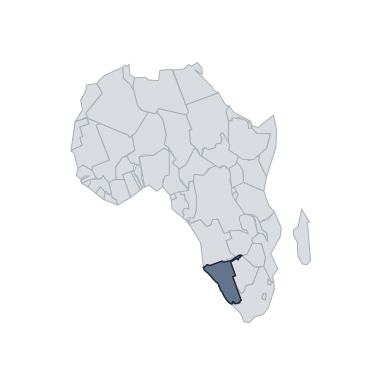 Namibia highlighted on a map of Africa, rotated 340°
{"feature_id": "NAM", "entity_name": "Namibia", "entity_type": "country or territory", "adm_level": 0, "iso_a3": "NAM", "parent_name": "Africa", "parent_adm1": "", "projection": "equal_earth", "projection_center": [18.141, -22.953], "detail": "fine", "context": "in_parent", "style": "filled", "palette": "slate", "viewbox_px": 384, "rotation_deg": 340, "n_neighbors": 49, "source": "natural_earth", "source_scale": "50m", "svg_char_len": 12765}
<svg xmlns="http://www.w3.org/2000/svg" viewBox="0 0 384 384"><g transform="rotate(340 192 192)"><path d="M243.8,200.5L259.8,215.8L259.5,231.3L262.7,238.7L260.3,241.1L245.3,243.6L243.0,235.1L234.0,230.7L230.7,223.3L229.9,215.1L234.2,210.4L233.2,201.3L243.8,200.5Z" fill="#d9dde1" stroke="#a8b0b8" stroke-width="1"/><path d="M118.9,86.8L118.4,92.7L108.9,92.5L108.2,102.4L105.4,102.8L104.7,110.5L92.4,111.8L106.3,85.8L118.9,86.8Z" fill="#d9dde1" stroke="#a8b0b8" stroke-width="1"/><path d="M229.9,215.1L234.0,230.7L227.9,231.5L226.7,244.7L230.4,246.3L230.6,250.6L223.1,244.0L208.0,241.9L206.8,226.4L201.8,225.0L198.6,229.3L193.9,229.6L190.4,220.7L177.9,220.3L182.1,215.1L185.1,217.0L189.4,211.1L194.4,198.4L197.1,179.5L199.9,176.1L208.9,180.2L218.7,175.2L223.9,175.3L227.1,179.1L231.0,177.8L235.5,187.6L231.6,194.2L229.9,215.1Z" fill="#d9dde1" stroke="#a8b0b8" stroke-width="1"/><path d="M267.1,203.5L265.2,185.3L268.7,179.3L277.2,176.2L285.5,164.0L273.0,159.2L269.5,153.5L271.1,149.9L275.7,154.1L295.0,147.6L292.4,163.6L285.7,179.4L267.1,203.5Z" fill="#d9dde1" stroke="#a8b0b8" stroke-width="1"/><path d="M259.8,215.8L243.8,200.5L247.2,188.9L244.0,179.3L247.9,174.1L256.5,181.9L267.9,180.6L265.2,185.3L267.1,203.5L259.8,215.8Z" fill="#d9dde1" stroke="#a8b0b8" stroke-width="1"/><path d="M215.3,163.0L213.0,161.3L212.0,160.1L212.2,155.5L207.3,145.4L210.5,132.9L213.1,133.2L212.8,115.7L216.1,115.7L216.0,107.8L250.8,107.8L253.2,121.2L256.0,123.7L251.6,127.8L250.2,141.4L244.5,153.3L243.7,161.2L239.8,146.7L235.8,156.6L231.6,154.7L228.6,158.3L221.9,158.0L216.8,154.7L213.3,161.5L215.3,163.0Z" fill="#d9dde1" stroke="#a8b0b8" stroke-width="1"/><path d="M212.7,117.4L213.1,133.2L210.5,132.9L207.3,145.4L210.1,151.2L195.4,164.4L187.3,166.3L183.3,157.7L187.9,155.9L185.3,142.4L182.2,138.2L187.3,129.1L189.3,114.2L186.3,104.4L189.3,102.3L212.7,117.4Z" fill="#d9dde1" stroke="#a8b0b8" stroke-width="1"/><path d="M190.8,311.0L192.1,309.1L196.8,312.8L200.9,310.6L201.0,296.3L203.8,304.3L205.9,303.9L210.9,298.3L217.7,299.1L229.0,285.9L234.1,286.5L236.0,294.8L235.5,300.5L233.2,300.1L232.1,304.0L233.7,306.1L238.2,304.0L236.1,311.7L224.2,326.8L217.2,331.2L208.3,330.9L201.3,334.3L196.6,331.9L196.1,322.7L190.8,311.0ZM226.8,312.4L224.3,312.0L221.1,315.9L224.2,318.5L226.8,312.4Z" fill="#d9dde1" stroke="#a8b0b8" stroke-width="1"/><path d="M226.8,312.4L224.2,318.5L221.1,315.9L224.3,312.0L226.8,312.4Z" fill="#d9dde1" stroke="#a8b0b8" stroke-width="1"/><path d="M234.1,286.5L224.9,283.5L217.1,268.6L222.3,269.4L232.1,259.7L239.7,264.5L238.7,278.8L234.1,286.5Z" fill="#d9dde1" stroke="#a8b0b8" stroke-width="1"/><path d="M229.0,285.9L217.7,299.1L210.9,298.3L205.9,303.9L203.8,304.3L201.0,296.3L201.1,284.9L204.0,284.8L204.1,270.7L217.1,268.6L224.9,283.5L229.0,285.9Z" fill="#d9dde1" stroke="#a8b0b8" stroke-width="1"/><path d="M91.5,141.3L89.0,136.7L93.9,129.8L98.5,129.2L105.3,137.2L106.9,146.0L91.4,146.2L91.0,143.1L100.1,141.7L91.5,141.3Z" fill="#d9dde1" stroke="#a8b0b8" stroke-width="1"/><path d="M106.9,146.0L105.3,137.2L106.9,134.1L125.3,133.6L124.6,96.3L129.0,96.2L151.7,116.9L151.6,119.4L154.9,119.1L152.6,133.4L138.5,135.8L129.5,141.8L125.0,154.3L117.0,155.0L114.0,146.5L110.8,148.4L106.9,146.0Z" fill="#d9dde1" stroke="#a8b0b8" stroke-width="1"/><path d="M92.4,111.8L104.7,110.5L105.4,102.8L108.2,102.4L108.9,92.5L118.4,92.7L118.9,86.8L129.0,96.2L124.6,96.3L125.3,133.6L106.9,134.1L105.3,137.2L98.5,129.2L92.8,131.1L94.4,115.3L92.4,111.8Z" fill="#d9dde1" stroke="#a8b0b8" stroke-width="1"/><path d="M149.1,171.1L146.6,171.6L146.2,159.4L143.6,153.9L150.0,146.8L152.7,152.9L149.3,161.9L149.1,171.1Z" fill="#d9dde1" stroke="#a8b0b8" stroke-width="1"/><path d="M186.3,104.4L189.3,114.2L187.3,129.1L182.2,138.2L185.3,142.4L184.0,145.8L180.8,141.3L168.5,144.4L157.9,140.2L153.9,141.6L152.2,149.1L144.6,144.3L142.8,135.9L152.6,133.4L154.9,119.1L178.0,102.0L184.2,105.9L186.3,104.4Z" fill="#d9dde1" stroke="#a8b0b8" stroke-width="1"/><path d="M149.1,171.1L154.7,140.7L168.5,144.4L180.8,141.3L185.2,147.4L176.6,168.1L168.9,170.3L166.7,177.1L158.8,179.2L154.1,171.0L149.1,171.1Z" fill="#d9dde1" stroke="#a8b0b8" stroke-width="1"/><path d="M185.0,144.3L187.9,155.9L183.3,157.7L187.7,165.2L184.8,177.3L189.2,189.6L170.1,187.3L166.6,178.3L167.5,174.3L171.6,167.9L176.6,168.1L185.0,144.3Z" fill="#d9dde1" stroke="#a8b0b8" stroke-width="1"/><path d="M144.0,151.8L146.6,171.6L144.2,172.4L141.1,153.0L144.0,151.8Z" fill="#d9dde1" stroke="#a8b0b8" stroke-width="1"/><path d="M141.4,151.7L144.2,172.4L132.3,176.2L132.5,151.9L141.4,151.7Z" fill="#d9dde1" stroke="#a8b0b8" stroke-width="1"/><path d="M117.0,155.0L122.6,153.7L132.7,157.3L132.3,176.2L117.5,178.8L118.0,173.3L114.9,170.2L117.0,155.0Z" fill="#d9dde1" stroke="#a8b0b8" stroke-width="1"/><path d="M100.3,145.4L110.8,148.4L114.0,146.5L117.0,155.0L116.0,165.3L113.2,166.8L111.6,161.8L109.4,162.6L107.7,155.7L101.1,160.3L95.8,151.6L100.3,145.4Z" fill="#d9dde1" stroke="#a8b0b8" stroke-width="1"/><path d="M91.4,146.2L100.3,145.4L100.1,148.5L95.8,151.6L91.4,146.2Z" fill="#d9dde1" stroke="#a8b0b8" stroke-width="1"/><path d="M115.5,165.3L114.9,170.2L118.0,173.3L117.5,178.8L106.4,168.9L110.2,162.3L113.2,166.8L115.5,165.3Z" fill="#d9dde1" stroke="#a8b0b8" stroke-width="1"/><path d="M101.1,160.3L107.7,155.7L110.2,162.3L106.4,168.9L101.1,160.3Z" fill="#d9dde1" stroke="#a8b0b8" stroke-width="1"/><path d="M125.0,154.3L128.7,142.8L138.5,135.8L142.8,135.9L144.6,144.3L148.0,145.2L144.0,151.8L132.5,151.9L132.7,157.3L125.0,154.3Z" fill="#d9dde1" stroke="#a8b0b8" stroke-width="1"/><path d="M223.9,175.3L214.9,175.8L208.9,180.2L199.9,176.1L196.9,182.3L192.9,181.4L189.5,187.4L184.8,174.4L187.3,166.3L195.4,164.4L210.1,151.2L212.0,160.1L223.9,175.3Z" fill="#d9dde1" stroke="#a8b0b8" stroke-width="1"/><path d="M196.9,182.3L194.4,198.4L189.4,211.1L185.1,217.0L179.2,214.8L177.0,217.3L174.5,212.9L176.8,210.7L175.7,208.0L179.0,204.6L183.3,206.8L184.6,202.1L182.9,196.5L184.2,191.8L181.2,191.3L180.5,187.4L189.2,189.6L192.9,181.4L196.9,182.3Z" fill="#d9dde1" stroke="#a8b0b8" stroke-width="1"/><path d="M175.1,187.4L180.2,187.2L181.2,191.3L184.2,191.8L182.9,196.5L184.6,202.1L183.3,206.8L179.0,204.6L175.7,208.0L176.8,210.7L174.5,212.9L167.5,201.2L169.7,192.5L175.1,192.3L175.1,187.4Z" fill="#d9dde1" stroke="#a8b0b8" stroke-width="1"/><path d="M170.1,187.3L175.1,187.4L175.1,192.3L169.7,192.5L170.1,187.3Z" fill="#d9dde1" stroke="#a8b0b8" stroke-width="1"/><path d="M234.0,230.7L241.4,236.1L239.5,252.5L241.0,253.5L231.9,256.8L232.1,259.7L222.3,269.4L211.0,267.8L207.1,262.0L207.3,249.2L213.5,249.2L213.3,241.2L223.1,244.0L230.6,250.6L230.4,246.3L226.7,244.7L227.0,234.1L228.7,231.0L234.0,230.7Z" fill="#d9dde1" stroke="#a8b0b8" stroke-width="1"/><path d="M240.0,234.3L244.6,238.1L245.1,251.9L248.4,256.1L246.2,264.9L244.7,256.1L239.5,252.5L242.1,239.6L240.0,234.3Z" fill="#d9dde1" stroke="#a8b0b8" stroke-width="1"/><path d="M245.3,243.6L254.1,243.8L262.7,238.7L263.6,256.4L259.3,264.6L245.0,276.8L246.3,293.8L239.0,298.6L238.2,304.0L236.0,303.9L234.1,286.5L238.7,278.8L239.7,264.5L232.3,261.2L231.9,256.8L241.0,253.5L244.7,256.1L246.2,264.9L248.4,256.1L245.1,251.9L245.3,243.6Z" fill="#d9dde1" stroke="#a8b0b8" stroke-width="1"/><path d="M236.0,303.9L233.7,306.1L232.1,304.0L233.2,300.1L236.0,303.9Z" fill="#d9dde1" stroke="#a8b0b8" stroke-width="1"/><path d="M177.0,217.3L179.2,217.1L177.9,220.3L177.0,217.3ZM178.3,221.6L190.4,220.7L193.9,229.6L198.6,229.3L201.8,225.0L206.8,226.4L208.0,241.9L213.6,242.5L213.5,249.2L207.3,249.2L207.1,262.0L211.0,267.8L176.9,266.9L182.7,242.7L178.3,221.6Z" fill="#d9dde1" stroke="#a8b0b8" stroke-width="1"/><path d="M233.3,206.5L234.2,210.4L229.9,215.1L229.0,208.3L233.3,206.5Z" fill="#d9dde1" stroke="#a8b0b8" stroke-width="1"/><path d="M289.2,245.7L292.1,260.5L290.0,260.5L279.9,297.0L274.8,299.6L271.0,297.2L269.6,288.5L273.7,275.4L272.6,267.3L274.3,262.5L279.9,260.8L289.2,245.7Z" fill="#d9dde1" stroke="#a8b0b8" stroke-width="1"/><path d="M91.0,143.1L96.4,140.2L100.1,141.7L91.0,143.1Z" fill="#d9dde1" stroke="#a8b0b8" stroke-width="1"/><path d="M171.4,75.7L166.4,61.6L169.3,51.1L172.3,49.7L174.1,51.9L176.4,50.6L173.7,60.7L177.3,65.1L171.4,75.7Z" fill="#d9dde1" stroke="#a8b0b8" stroke-width="1"/><path d="M118.9,86.8L119.4,81.3L141.3,68.4L139.7,57.6L142.5,55.6L150.1,52.4L169.3,51.1L166.4,61.6L170.4,69.0L172.2,79.1L170.4,91.9L173.1,98.5L178.0,102.0L159.1,117.3L151.6,119.4L151.7,116.9L118.9,86.8Z" fill="#d9dde1" stroke="#a8b0b8" stroke-width="1"/><path d="M250.6,138.0L251.6,127.8L256.0,123.7L258.9,132.0L270.8,144.9L268.6,145.6L261.4,137.6L250.6,138.0Z" fill="#d9dde1" stroke="#a8b0b8" stroke-width="1"/><path d="M106.3,85.8L117.2,77.2L118.9,67.3L126.2,61.5L129.5,55.5L139.7,57.6L141.3,68.4L119.4,81.3L119.0,85.8L106.3,85.8Z" fill="#d9dde1" stroke="#a8b0b8" stroke-width="1"/><path d="M250.8,107.8L216.0,107.8L215.7,71.0L226.4,73.6L232.1,71.0L235.0,73.4L241.5,72.3L243.7,78.8L241.8,85.2L236.2,77.8L247.0,100.3L246.7,103.5L250.8,107.8Z" fill="#d9dde1" stroke="#a8b0b8" stroke-width="1"/><path d="M215.0,69.7L216.1,115.7L212.7,117.4L189.3,102.3L184.2,105.9L173.1,98.5L170.4,91.9L172.8,71.7L177.3,65.1L187.8,68.4L189.1,71.7L198.6,75.9L203.5,66.7L215.0,69.7Z" fill="#d9dde1" stroke="#a8b0b8" stroke-width="1"/><path d="M285.5,164.0L277.2,176.2L260.9,182.7L250.6,178.5L240.7,164.9L250.6,138.0L254.1,138.8L255.0,135.8L266.2,141.9L268.6,145.6L267.0,151.6L270.1,152.1L273.0,159.2L285.5,164.0Z" fill="#d9dde1" stroke="#a8b0b8" stroke-width="1"/><path d="M268.6,145.6L271.5,146.2L270.1,152.1L267.0,151.6L268.6,145.6Z" fill="#d9dde1" stroke="#a8b0b8" stroke-width="1"/><path d="M243.8,200.5L230.6,202.1L235.7,181.2L244.0,179.3L245.5,182.1L247.2,188.9L243.8,200.5Z" fill="#d9dde1" stroke="#a8b0b8" stroke-width="1"/><path d="M233.2,201.3L234.2,206.0L229.0,208.3L229.8,203.3L233.2,201.3Z" fill="#d9dde1" stroke="#a8b0b8" stroke-width="1"/><path d="M234.4,182.3L231.0,177.8L225.8,178.6L213.3,161.5L219.0,154.2L221.9,158.0L228.6,158.3L231.6,154.7L235.8,156.6L238.8,151.5L237.8,147.9L241.2,147.0L243.7,161.2L240.7,164.9L247.9,174.1L242.2,181.2L234.4,182.3Z" fill="#d9dde1" stroke="#a8b0b8" stroke-width="1"/><path d="M211.5,268.2L212.1,268.1L212.7,267.9L213.4,267.8L214.0,267.6L215.5,267.7L216.1,267.8L216.3,267.9L216.6,268.2L217.0,268.8L216.9,268.8L216.0,269.0L215.6,269.1L214.9,269.9L214.7,269.8L214.5,269.6L214.4,269.6L214.0,269.8L213.7,270.0L213.3,270.3L213.0,270.6L212.9,270.7L212.4,271.4L212.2,271.5L212.0,271.2L211.7,270.6L211.2,269.8L211.1,269.7L210.6,269.7L209.6,269.9L208.7,270.1L207.4,270.5L206.0,270.7L205.1,270.9L204.3,270.9L204.3,271.7L204.3,273.4L204.3,275.0L204.3,276.6L204.3,278.2L204.3,279.8L204.3,281.4L204.2,283.0L204.2,284.7L204.2,285.4L204.2,285.5L203.8,285.5L202.8,285.5L202.0,285.5L201.3,285.5L201.3,286.5L201.3,287.6L201.3,288.7L201.3,289.8L201.3,290.9L201.3,292.1L201.3,293.2L201.3,294.3L201.3,295.4L201.3,296.3L201.2,298.0L201.2,299.7L201.2,301.4L201.2,303.1L201.2,304.9L201.2,306.6L201.2,308.3L201.2,310.0L201.2,310.5L200.9,310.5L200.3,310.7L199.9,311.0L199.8,311.3L199.5,311.5L199.3,311.6L199.1,311.8L199.2,312.0L198.8,312.4L198.4,312.3L197.9,312.1L197.2,312.1L196.4,312.2L195.8,312.1L195.4,311.9L195.1,311.8L194.7,311.7L194.4,311.6L193.9,311.5L193.8,311.2L193.8,310.9L193.6,310.7L193.7,310.4L193.8,310.1L193.7,309.8L193.5,309.7L193.4,309.7L193.2,309.6L193.2,309.3L193.1,309.1L192.8,308.9L192.5,309.1L192.3,309.3L192.2,309.6L192.1,309.8L192.1,310.1L192.0,310.3L192.0,310.5L191.9,310.6L191.6,310.7L191.2,311.0L190.8,310.8L189.8,309.7L189.5,309.4L189.0,308.7L187.9,306.4L187.7,306.0L187.5,304.9L187.3,304.1L187.2,303.7L187.3,303.4L187.3,303.1L187.1,302.7L186.8,302.3L186.6,300.9L186.4,300.0L186.4,299.3L186.3,298.6L186.3,298.2L186.3,297.4L186.1,296.4L185.7,295.5L185.3,294.1L185.3,293.5L185.3,291.9L185.2,291.3L185.2,290.5L185.1,289.7L185.0,289.3L185.1,289.0L185.3,289.1L185.3,288.7L185.3,288.3L185.2,287.3L184.7,286.2L183.7,284.6L183.4,284.0L183.3,283.4L182.1,281.2L181.6,279.7L181.3,278.3L180.9,277.7L179.1,273.4L178.7,272.7L178.0,271.8L177.8,271.5L177.6,270.7L177.0,269.7L176.9,268.7L176.9,267.5L176.9,266.7L177.4,266.6L177.7,266.3L178.0,266.3L178.3,266.5L178.6,266.5L179.3,266.5L179.6,266.3L180.0,266.1L180.2,265.9L180.5,265.7L180.9,265.5L181.2,265.6L181.4,265.6L181.8,265.7L182.0,265.8L182.3,266.2L182.7,266.6L183.0,266.8L183.3,267.1L183.6,267.3L184.3,267.3L184.8,267.2L185.5,267.2L186.6,267.2L187.7,267.2L188.9,267.2L190.0,267.2L191.1,267.2L192.3,267.2L193.4,267.2L194.5,267.2L195.0,267.2L195.8,267.3L196.7,267.3L196.8,267.3L197.2,268.0L197.6,268.5L197.9,268.7L198.3,268.9L198.7,268.9L199.0,268.9L199.6,269.0L200.4,269.1L201.2,269.2L202.0,269.1L202.6,269.2L202.9,269.5L203.3,269.7L203.6,269.7L204.1,269.7L204.7,269.5L205.2,269.5L205.5,269.7L206.5,269.5L207.2,269.3L208.3,269.0L209.2,268.8L210.5,268.5L211.5,268.2Z" fill="#64748b" stroke="#1e293b" stroke-width="1.5"/></g></svg>